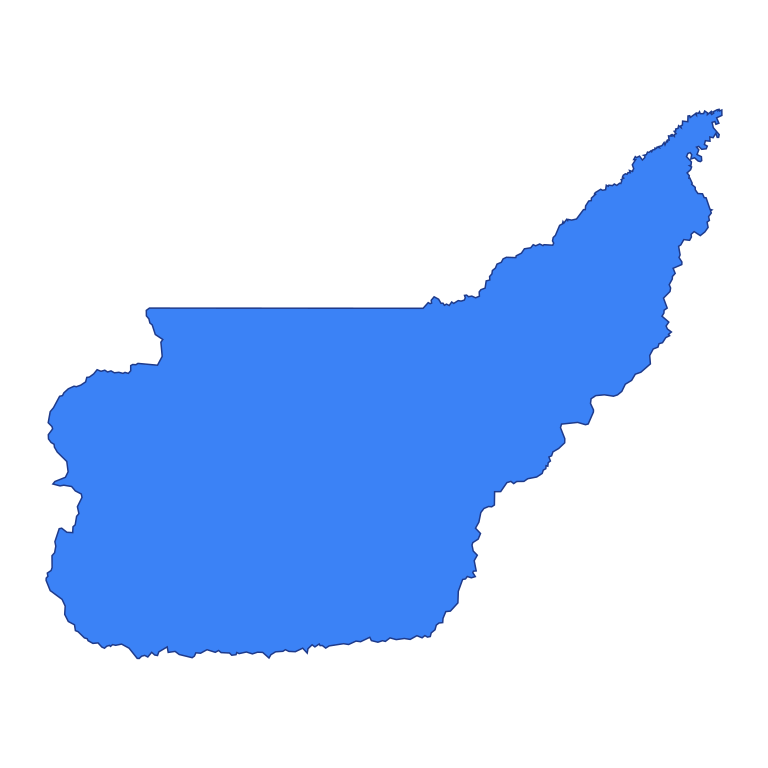 Purus, Ucayali, Peru
{"feature_id": "86281439B73301228794049", "entity_name": "Purus", "entity_type": "district", "adm_level": 2, "iso_a3": "PER", "parent_name": "Peru", "parent_adm1": "Ucayali", "projection": "mercator", "projection_center": [-71.206, -10.219], "detail": "fine", "context": "isolated", "style": "filled", "palette": "blue", "viewbox_px": 768, "rotation_deg": 0, "n_neighbors": 0, "source": "geoboundaries", "source_scale": "gbopen_adm2", "svg_char_len": 6066}
<svg xmlns="http://www.w3.org/2000/svg" viewBox="0 0 768 768"><path d="M147.8,657.0L151.7,652.3L154.7,655.0L157.5,655.5L158.8,651.9L167.2,646.9L168.2,652.4L175.1,651.4L179.2,654.5L192.2,657.7L194.4,656.1L195.9,652.8L200.6,653.2L207.0,649.7L215.3,652.3L218.6,650.5L221.1,652.6L229.5,653.0L231.7,655.2L236.0,654.7L236.8,652.5L239.1,653.6L246.4,652.0L252.4,653.9L257.5,652.2L262.7,652.4L269.0,658.0L270.9,654.7L275.6,651.8L282.9,651.3L285.4,649.7L288.9,651.4L295.3,651.7L302.7,648.2L307.2,653.1L308.0,648.7L312.1,644.8L314.9,646.9L319.2,644.0L320.1,645.6L322.3,645.5L325.7,648.1L329.2,645.9L343.6,643.7L348.6,644.5L356.0,641.1L360.6,641.7L369.8,637.3L371.4,640.6L377.9,642.2L382.5,640.7L385.4,641.4L390.0,637.9L396.2,639.6L404.3,638.5L410.2,639.4L416.9,635.7L422.1,637.8L424.9,635.6L427.5,637.1L430.3,636.5L431.2,632.9L435.0,629.8L436.3,625.1L439.0,623.0L442.7,622.6L443.0,618.4L445.8,611.6L450.4,611.1L457.9,602.9L458.3,591.3L462.6,579.5L465.5,578.9L467.3,576.5L471.3,577.8L475.3,576.6L472.8,572.6L473.4,571.2L476.2,570.9L474.2,560.7L477.3,555.2L473.2,551.0L472.0,545.0L472.8,542.6L478.2,539.1L480.5,533.5L475.5,528.2L478.9,522.1L480.8,512.6L483.9,508.5L488.6,506.5L491.7,506.8L494.4,505.0L494.6,491.7L500.7,491.6L506.9,482.6L510.9,481.4L513.7,483.6L516.7,481.5L523.9,481.4L527.8,478.7L536.7,477.0L542.2,473.4L543.3,470.1L545.8,468.7L546.1,465.7L547.8,466.2L548.2,462.7L550.4,461.0L548.9,457.0L551.6,455.8L552.9,451.9L558.8,448.4L564.7,442.8L564.8,438.7L560.5,427.7L561.5,424.1L577.7,422.4L585.5,424.7L588.2,424.0L593.4,412.1L593.5,409.9L590.5,403.5L591.1,398.7L595.8,395.6L604.4,394.8L613.5,396.2L617.5,394.9L621.8,391.4L625.3,384.2L631.6,380.4L635.3,374.2L640.9,372.2L650.4,363.9L649.7,355.5L653.2,349.0L658.0,347.1L659.0,343.7L662.5,342.7L665.8,337.6L669.6,335.7L668.5,334.3L671.4,332.0L667.4,329.0L666.1,326.0L668.8,322.1L662.0,316.2L663.9,313.1L664.1,310.2L667.2,308.1L663.5,298.1L670.0,291.5L670.6,288.0L669.2,284.7L672.3,279.0L672.4,276.5L675.2,273.4L673.1,268.3L681.8,264.5L681.9,262.0L679.0,257.5L680.1,254.9L678.6,246.3L680.8,244.9L683.8,239.6L689.6,240.3L691.4,237.0L691.1,234.3L694.1,231.6L700.3,235.6L704.9,231.9L708.1,227.4L707.1,222.1L709.4,220.4L708.6,216.6L711.3,213.0L710.5,210.8L711.9,209.9L710.0,209.3L706.1,197.8L704.2,197.6L702.5,193.8L697.9,193.5L695.3,189.8L695.2,187.3L691.7,184.3L692.2,183.2L689.8,178.0L688.9,178.1L689.3,175.7L687.1,172.9L690.6,169.7L691.6,166.9L689.5,165.6L691.0,165.2L691.4,161.9L686.5,156.6L687.9,153.4L690.2,152.6L691.7,154.7L690.8,159.0L694.6,157.8L698.1,161.0L700.4,161.6L701.7,160.6L701.4,156.7L697.0,154.5L698.8,149.8L696.5,147.1L698.7,146.4L701.7,149.3L706.2,148.8L707.3,146.1L704.4,144.5L705.4,140.7L710.0,141.2L709.8,137.0L713.1,137.7L715.9,133.3L717.2,137.4L718.6,137.4L719.2,134.6L713.3,127.7L712.1,122.4L714.9,121.5L715.9,124.3L718.9,123.2L716.6,117.8L721.9,115.4L721.8,110.0L719.6,110.9L719.2,109.6L718.2,110.5L718.3,109.5L717.0,109.8L713.2,111.8L713.7,113.1L711.7,114.5L710.8,113.4L712.0,112.1L711.4,111.3L707.4,114.6L707.5,112.9L704.7,111.0L703.6,113.6L700.3,113.7L699.5,111.7L698.5,113.3L696.4,113.0L696.5,115.3L695.3,113.8L690.2,117.5L689.7,115.7L688.0,116.0L687.8,121.7L682.6,121.1L682.4,125.0L680.6,126.0L681.1,127.6L678.6,125.7L678.0,128.4L675.7,129.0L675.8,130.9L674.2,131.3L676.1,133.7L674.4,134.5L674.4,136.4L672.1,134.5L670.9,135.1L671.6,136.1L668.5,135.9L669.1,140.1L667.4,140.0L666.9,141.0L668.1,142.1L666.3,141.6L665.0,144.8L664.1,142.5L661.9,145.7L658.7,146.6L659.4,147.7L657.1,147.1L656.5,148.4L654.9,148.1L654.9,149.5L652.5,150.0L651.7,151.7L651.0,150.8L649.0,152.4L647.5,152.1L646.4,154.6L643.7,155.3L644.9,155.9L644.8,157.6L642.4,160.0L639.5,156.1L636.6,157.6L635.3,156.6L633.7,159.6L635.6,159.7L632.3,164.8L633.7,168.7L632.4,171.1L633.1,171.7L629.5,170.5L630.2,172.7L628.0,172.6L627.0,174.3L625.4,173.8L623.3,175.2L622.4,177.2L623.7,178.1L621.1,179.6L621.8,180.8L620.8,183.5L619.6,183.2L616.8,185.4L614.3,184.0L612.5,185.6L608.8,185.2L608.2,186.3L606.3,185.2L605.6,189.7L602.6,190.3L600.7,189.3L595.3,192.6L594.5,193.9L595.5,194.3L591.4,198.1L591.3,200.6L588.7,201.0L585.6,205.9L585.3,209.6L583.5,209.6L576.5,219.0L571.6,220.1L568.0,219.4L567.7,220.5L566.7,219.3L563.8,223.1L563.0,221.6L562.4,223.9L559.6,225.4L555.4,235.4L553.2,237.5L552.5,240.9L553.7,243.1L552.7,245.2L544.0,244.7L543.0,245.6L539.7,244.0L535.7,245.8L533.2,244.7L530.7,247.8L524.4,248.8L521.4,253.2L516.2,255.8L515.8,257.6L506.4,257.3L503.1,258.9L501.3,262.3L497.0,264.1L495.4,268.1L492.4,270.5L491.9,273.9L489.6,276.5L489.8,280.0L486.2,280.9L485.1,288.1L480.9,289.7L479.2,291.9L479.4,296.2L475.6,297.8L471.8,296.1L468.5,296.7L466.6,295.1L464.5,295.4L465.3,297.8L464.3,300.1L461.1,301.1L458.2,300.6L453.7,303.4L451.7,302.0L449.2,305.5L446.5,304.1L444.4,305.3L443.0,303.2L441.0,303.3L438.6,299.2L434.1,296.8L431.2,300.3L431.6,303.1L430.1,303.7L428.2,302.6L423.1,308.3L149.4,308.1L146.3,310.4L146.4,315.9L148.9,318.9L149.9,323.0L152.2,324.9L155.3,334.5L162.8,339.5L160.9,342.2L162.2,356.4L157.5,365.2L137.9,363.4L135.9,364.7L132.7,364.5L130.7,365.6L130.7,370.8L128.3,373.4L125.0,372.4L123.0,373.4L118.9,372.3L114.4,372.8L111.0,370.9L107.6,372.0L104.8,370.2L101.0,371.3L97.1,369.7L93.7,373.9L89.3,377.1L86.8,377.4L85.6,381.9L80.8,385.1L76.4,386.7L74.0,386.2L68.3,388.8L63.9,392.8L62.5,395.6L59.6,396.3L53.5,407.7L50.2,411.7L48.2,422.7L52.0,426.6L52.6,428.9L48.3,434.7L48.5,439.0L51.1,442.5L54.1,444.3L54.4,447.1L57.3,452.1L66.8,461.5L68.1,471.8L65.4,477.3L54.9,481.5L52.9,484.0L60.0,485.9L63.8,485.2L71.6,486.5L75.3,490.9L81.3,494.0L82.0,497.4L77.4,506.7L78.9,513.6L76.6,516.3L75.2,524.8L73.0,526.8L72.7,532.6L66.9,532.3L61.7,528.2L59.2,528.7L54.9,541.7L55.8,546.2L54.6,552.7L52.0,555.7L52.1,567.6L51.1,570.5L47.3,573.1L47.9,576.3L46.2,578.1L46.1,580.4L50.2,590.6L62.1,599.4L65.2,606.1L64.7,614.4L68.3,621.5L74.5,624.8L75.4,630.6L78.1,631.7L84.4,637.9L87.2,638.7L88.1,640.7L92.9,643.4L98.0,642.9L101.9,647.1L104.5,648.2L106.8,646.2L109.4,645.4L110.5,646.4L112.6,644.6L115.6,645.3L121.6,644.1L129.1,648.2L137.2,658.4L139.2,658.5L141.6,656.2L144.7,655.4L147.8,657.0Z" fill="#3b82f6" stroke="#1e3a8a" stroke-width="1.5"/></svg>